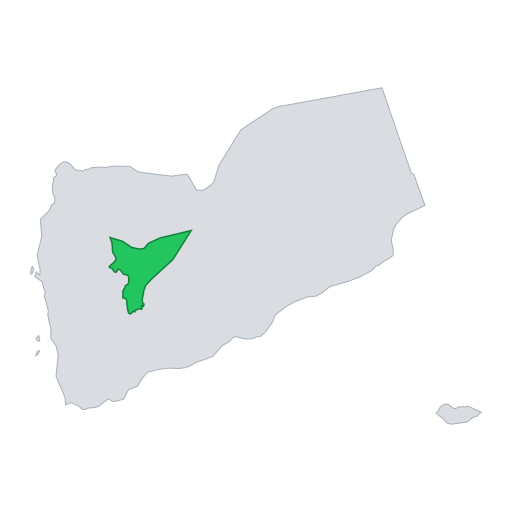 Ma'rib highlighted on a map of Yemen
{"feature_id": "YEM-337", "entity_name": "Ma'rib", "entity_type": "Governorate", "adm_level": 1, "iso_a3": "YEM", "parent_name": "Yemen", "parent_adm1": "", "projection": "equal_earth", "projection_center": [45.213, 15.324], "detail": "fine", "context": "in_parent", "style": "filled", "palette": "green", "viewbox_px": 512, "rotation_deg": 0, "n_neighbors": 0, "source": "natural_earth", "source_scale": "10m", "svg_char_len": 4193}
<svg xmlns="http://www.w3.org/2000/svg" viewBox="0 0 512 512"><path d="M424.9,205.4L406.2,214.4L401.3,218.3L396.8,223.3L393.5,229.4L391.3,240.2L393.2,250.1L393.1,255.4L388.3,258.9L383.7,261.4L378.7,265.3L375.6,266.2L373.2,269.3L370.3,271.4L359.8,277.0L348.3,281.3L330.0,286.5L323.0,292.1L316.6,296.0L306.8,297.1L293.4,302.4L286.0,306.7L276.8,313.7L274.7,315.9L273.1,321.0L270.3,325.4L264.7,332.7L260.6,336.4L257.7,336.6L252.3,338.7L245.9,339.1L235.0,336.5L232.3,338.3L230.0,341.1L221.7,346.1L213.2,356.1L207.0,358.7L197.0,361.9L189.9,366.0L185.2,367.7L179.1,368.5L167.9,368.1L157.2,369.6L147.4,372.4L142.7,377.8L137.4,386.2L128.8,389.7L126.7,392.7L124.0,398.9L118.4,400.6L113.4,401.6L108.2,398.9L98.4,406.4L94.7,407.6L89.1,407.9L85.1,409.5L82.2,409.1L78.7,406.1L71.1,402.6L65.6,404.9L65.1,397.8L56.0,376.1L58.0,357.2L58.0,354.5L56.2,346.1L50.7,338.4L50.9,328.7L49.1,321.7L47.7,314.5L48.2,312.6L48.3,310.9L45.5,299.9L44.6,297.7L44.3,295.3L45.2,293.6L45.2,291.5L43.7,288.2L42.2,281.7L34.8,276.7L36.3,272.0L37.7,273.6L39.7,275.0L40.1,272.0L40.1,269.7L37.1,255.4L41.8,236.4L40.3,219.3L47.4,212.4L49.1,210.3L50.1,208.5L51.8,204.6L54.1,203.4L54.9,199.3L54.8,197.2L53.4,195.4L52.3,190.7L52.7,184.6L53.1,182.1L53.8,177.5L56.3,175.7L56.9,174.4L55.0,171.5L55.2,169.7L59.3,164.8L61.0,163.4L63.7,161.9L65.8,161.9L68.2,162.7L70.3,164.1L72.4,166.6L74.6,169.4L78.0,170.5L80.4,170.2L82.3,171.5L83.8,170.8L85.7,169.3L88.6,169.4L91.2,167.8L98.6,167.0L105.8,167.5L113.2,166.1L120.7,166.2L128.2,166.3L129.9,166.5L131.5,167.4L137.8,171.7L142.7,172.6L152.3,173.8L162.6,175.1L171.6,176.1L179.2,175.1L185.5,174.3L187.2,174.4L189.1,177.1L192.9,183.8L196.5,190.1L202.7,190.4L206.8,188.1L211.2,184.7L213.8,182.1L216.9,171.9L218.9,165.3L223.5,157.8L227.4,151.6L232.4,143.3L235.3,138.8L240.8,129.8L246.1,126.3L256.4,119.5L266.5,112.9L273.0,108.5L278.6,106.6L288.0,104.9L299.0,102.9L310.0,100.9L321.8,98.7L334.9,96.4L343.8,94.7L355.3,92.7L364.8,90.9L373.2,89.4L381.9,87.8L383.7,92.8L385.4,97.8L387.1,102.8L388.8,107.8L390.5,112.8L392.2,117.8L394.0,122.8L395.7,127.8L397.4,132.8L399.1,137.8L400.8,142.8L402.6,147.8L404.3,152.8L406.0,157.8L407.7,162.8L409.5,167.8L411.1,172.7L413.8,174.3L415.5,178.9L417.8,185.6L420.2,192.2L422.6,198.8L424.9,205.4ZM453.0,408.0L455.4,408.6L458.9,406.9L469.0,406.6L481.3,412.3L479.0,413.8L477.7,415.8L472.3,417.7L467.0,422.0L451.5,424.2L447.0,423.0L443.2,418.8L436.2,413.3L438.9,409.8L439.5,408.2L440.5,406.7L444.4,404.0L448.3,404.4L453.0,408.0ZM39.4,340.4L38.9,341.5L38.2,341.2L35.9,338.6L38.5,335.5L39.8,338.3L39.4,340.4ZM32.3,273.1L31.1,274.2L30.7,272.3L31.5,267.9L32.7,266.6L33.6,269.9L33.0,271.7L32.3,273.1ZM38.2,353.9L35.7,355.5L37.4,351.5L39.1,350.6L39.6,350.8L38.2,353.9Z" fill="#d9dde1" stroke="#a8b0b8" stroke-width="1"/><path d="M139.5,249.1L143.8,248.6L148.6,243.2L159.9,238.0L191.2,230.5L172.8,259.6L150.9,279.7L145.7,285.4L144.9,287.6L144.6,288.6L143.7,290.8L143.4,292.8L143.5,293.7L143.3,294.3L142.8,294.7L142.9,295.1L142.9,295.8L142.6,297.1L142.4,298.6L142.4,301.4L142.7,302.8L143.2,303.5L144.0,304.1L143.7,305.8L143.4,306.2L142.9,306.6L142.5,306.3L142.3,305.7L142.0,305.4L141.7,305.3L141.3,305.9L141.3,306.6L142.0,308.1L142.0,309.0L141.4,309.3L140.5,309.2L139.5,308.8L138.2,308.9L137.0,309.7L135.9,310.2L135.2,310.3L134.9,310.8L135.0,311.4L134.8,311.9L133.2,311.4L132.6,311.7L132.2,312.4L130.7,313.8L129.5,313.8L128.8,313.2L128.3,312.2L128.0,311.2L127.9,310.1L127.5,308.9L127.5,307.3L127.1,305.6L126.8,303.0L126.8,301.5L126.6,300.1L125.9,299.0L124.8,298.3L122.8,297.8L122.9,294.7L123.1,294.0L123.1,293.0L122.8,292.7L122.6,292.4L122.7,291.9L123.1,291.3L123.3,290.3L123.8,289.2L124.2,288.6L124.7,288.0L125.2,286.6L125.3,285.9L126.0,285.3L127.9,284.2L128.4,283.0L128.8,281.4L128.7,280.2L128.8,279.2L128.8,278.1L128.4,276.4L127.7,275.4L126.6,274.8L124.8,274.6L123.5,274.1L122.6,273.0L121.3,271.2L119.7,269.6L119.0,269.3L118.4,269.1L117.7,269.7L117.2,270.6L116.7,271.8L115.5,272.3L114.2,271.7L113.0,269.7L111.7,268.3L110.8,267.9L110.0,267.8L109.4,267.5L109.2,266.7L110.0,265.8L114.5,261.7L115.5,260.3L116.2,258.4L115.4,256.7L113.0,252.7L112.4,250.4L112.4,246.9L111.8,242.2L110.0,237.5L122.6,241.3L131.6,247.4L139.5,249.1Z" fill="#22c55e" stroke="#15803d" stroke-width="1.5"/></svg>